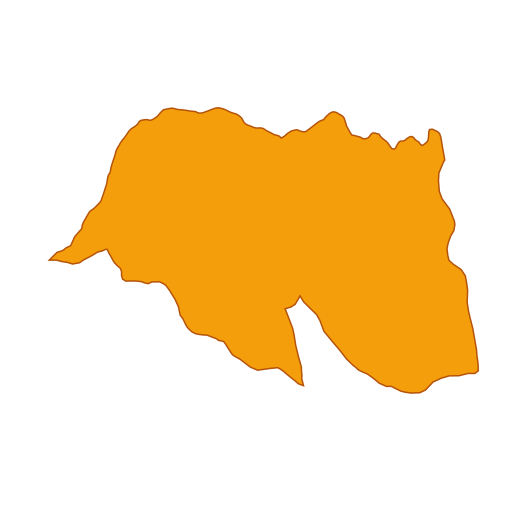 Rangthangling, Chirang, Bhutan (Equal Earth projection), rotated 172°
{"feature_id": "84629894B33629251386681", "entity_name": "Rangthangling", "entity_type": "district", "adm_level": 2, "iso_a3": "BTN", "parent_name": "Bhutan", "parent_adm1": "Chirang", "projection": "equal_earth", "projection_center": [90.106, 26.982], "detail": "fine", "context": "isolated", "style": "filled", "palette": "amber", "viewbox_px": 512, "rotation_deg": 172, "n_neighbors": 0, "source": "geoboundaries", "source_scale": "gbopen_adm2", "svg_char_len": 4280}
<svg xmlns="http://www.w3.org/2000/svg" viewBox="0 0 512 512"><g transform="rotate(172 256 256)"><path d="M63.7,357.0L66.5,357.1L67.6,354.9L68.1,352.4L68.6,350.0L69.2,347.5L70.4,345.5L72.3,344.2L74.1,343.1L76.1,342.3L77.8,343.9L78.8,346.1L80.5,347.5L82.1,349.0L83.3,351.2L84.9,352.6L87.0,352.7L90.3,351.3L92.1,350.0L94.2,349.4L96.3,349.7L98.3,349.2L99.8,347.5L101.4,345.7L102.6,343.5L104.3,342.6L106.5,343.4L107.7,345.4L109.7,349.5L110.8,351.1L112.8,353.2L114.7,355.2L116.1,357.2L117.1,359.4L119.1,360.3L121.6,361.4L123.7,361.5L125.5,360.3L127.1,358.5L128.8,357.3L130.9,356.9L133.3,357.0L136.2,359.2L141.0,361.3L144.3,362.5L145.6,365.2L148.3,372.3L148.6,375.0L149.1,377.7L149.5,380.2L150.7,382.3L152.4,383.8L154.2,385.2L156.2,386.8L158.6,387.9L160.7,387.9L163.2,387.0L165.6,385.4L167.8,383.8L170.1,381.6L172.2,381.2L174.3,380.6L176.3,379.6L178.2,378.6L180.1,377.5L182.0,376.4L183.9,375.3L185.9,374.2L187.8,373.1L189.7,372.2L191.9,372.3L193.8,373.1L195.8,374.1L197.4,375.2L200.3,375.3L203.8,374.8L207.6,373.1L211.3,370.6L214.7,369.3L216.1,371.3L218.1,372.5L220.9,373.5L222.6,374.8L224.4,376.1L226.3,377.4L228.1,378.6L229.8,380.2L231.6,381.5L233.6,382.2L235.7,382.4L237.9,382.7L239.9,383.4L241.8,384.5L243.7,385.6L245.7,386.7L247.5,387.9L249.1,389.6L250.0,391.9L250.8,394.2L252.2,396.1L253.8,397.8L255.6,399.2L257.6,400.2L259.5,401.0L261.5,402.1L263.3,403.3L265.2,404.6L267.1,405.8L269.0,406.7L271.1,407.5L273.1,408.1L275.2,408.1L277.4,407.7L279.4,407.3L281.5,406.8L283.6,406.3L285.7,405.9L287.8,405.4L289.9,405.2L292.0,405.3L294.0,406.2L295.8,407.4L298.2,408.0L300.5,408.6L307.5,410.7L313.5,412.1L315.5,413.0L317.5,413.8L319.6,414.2L327.3,413.7L329.2,412.4L330.9,411.0L332.6,409.5L334.2,408.0L338.4,405.9L341.5,405.0L345.8,406.4L349.1,406.4L351.2,406.3L353.1,405.3L354.5,403.4L356.3,402.1L358.2,401.0L360.2,400.1L362.2,399.1L364.0,397.8L365.6,396.1L367.1,394.3L368.7,392.7L370.3,391.0L372.2,389.4L374.6,386.8L376.1,384.8L377.6,383.0L379.0,381.1L380.2,379.0L381.1,376.7L382.1,374.4L383.2,372.3L384.3,370.1L385.4,367.9L386.4,365.7L387.4,363.5L388.1,361.0L389.0,358.8L390.6,357.1L391.7,354.9L392.5,352.6L393.2,350.1L394.0,347.8L395.1,345.6L396.2,343.4L397.2,341.2L398.3,339.0L399.4,336.8L400.6,334.7L401.6,332.5L403.1,330.8L404.9,329.4L406.7,328.0L408.5,326.6L410.3,325.4L412.3,324.4L414.2,323.4L415.8,321.7L417.2,319.8L418.7,318.0L420.1,316.1L421.6,314.3L422.9,312.2L424.0,310.1L424.6,307.5L432.8,300.4L438.1,292.0L443.2,290.4L445.3,289.0L447.1,288.2L452.5,287.3L461.3,280.7L457.1,280.1L454.3,279.7L448.9,277.5L443.6,275.9L438.8,273.6L431.6,273.9L427.1,276.2L422.2,277.9L418.0,279.4L412.4,281.9L407.3,282.5L404.3,283.5L402.3,283.2L401.5,280.0L399.9,276.1L398.7,272.8L397.5,269.7L395.3,266.5L392.1,262.7L391.3,259.3L391.9,255.0L391.2,251.6L388.3,249.2L384.0,248.8L377.8,247.8L372.9,246.5L370.4,245.0L366.6,243.6L362.8,244.8L355.2,243.9L351.8,241.7L349.2,239.2L346.4,234.0L342.2,224.4L339.9,216.7L339.3,207.9L337.0,203.8L335.3,198.3L333.9,194.8L332.4,192.7L330.0,189.8L326.5,187.4L323.3,186.3L319.4,185.2L315.6,184.5L309.3,181.0L306.4,179.4L305.0,177.7L301.8,176.6L299.9,175.8L298.0,172.2L296.7,169.1L293.7,162.7L292.1,160.5L286.3,156.1L277.2,146.9L274.0,144.9L270.3,142.7L258.0,142.7L250.2,142.4L248.6,141.4L245.3,138.5L240.5,133.1L234.4,126.6L232.8,124.7L231.1,123.1L229.1,122.1L227.0,121.0L227.8,128.4L227.1,131.5L227.0,136.1L226.5,139.4L228.0,150.7L229.1,161.8L229.3,172.8L229.8,179.4L231.9,188.6L233.4,195.0L234.5,199.7L228.9,200.5L224.0,202.7L220.8,206.6L217.9,210.4L215.2,204.0L210.4,197.6L204.0,189.3L202.6,185.5L201.6,182.9L199.2,172.0L195.4,165.8L192.6,161.2L186.7,151.9L180.6,141.3L174.8,133.9L172.8,131.9L170.4,128.9L167.2,126.7L162.3,123.8L156.4,118.2L151.7,112.9L145.0,108.7L140.2,108.1L135.9,105.1L131.5,102.1L127.3,100.4L121.6,98.7L112.8,97.8L106.8,99.7L98.2,106.6L89.6,109.2L81.3,110.4L71.7,109.2L62.1,110.2L55.8,109.2L51.9,111.3L51.2,117.2L51.1,120.5L51.1,126.4L50.7,132.4L51.2,148.1L51.5,154.8L52.7,165.6L53.3,173.0L53.3,180.9L51.2,192.7L51.2,200.9L51.5,207.3L54.8,214.1L61.9,220.5L65.5,224.8L66.0,229.9L65.8,236.9L63.7,242.6L60.4,248.7L56.5,253.7L54.7,259.4L54.7,263.0L57.7,275.5L63.7,286.5L65.5,294.4L64.9,304.7L63.4,312.6L57.1,323.3L55.7,324.7L56.2,337.4L56.4,347.6L57.2,351.8L59.3,354.2L63.7,357.0Z" fill="#f59e0b" stroke="#b45309" stroke-width="1.5"/></g></svg>